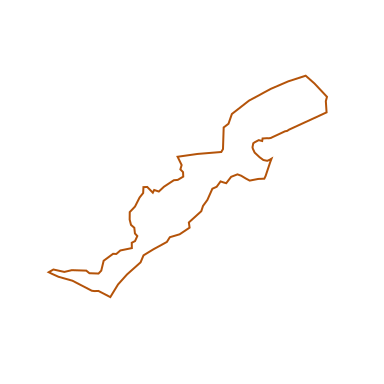 Jefferson, Louisiana, United States of America, rotated 61°
{"feature_id": "52423323B43258201859657", "entity_name": "Jefferson", "entity_type": "district", "adm_level": 2, "iso_a3": "USA", "parent_name": "United States of America", "parent_adm1": "Louisiana", "projection": "mercator", "projection_center": [-90.097, 29.677], "detail": "fine", "context": "isolated", "style": "outline", "palette": "amber", "viewbox_px": 384, "rotation_deg": 61, "n_neighbors": 0, "source": "geoboundaries", "source_scale": "gbopen_adm2", "svg_char_len": 1562}
<svg xmlns="http://www.w3.org/2000/svg" viewBox="0 0 384 384"><g transform="rotate(61 192 192)"><path d="M154.2,187.5L163.4,188.0L166.6,191.2L170.3,190.2L174.3,192.2L174.5,198.6L172.9,202.2L173.8,214.0L175.5,220.8L171.9,224.1L173.6,226.6L165.9,228.7L164.2,232.1L169.2,235.2L171.4,240.5L177.1,248.9L179.4,256.2L185.9,259.9L191.2,261.3L195.3,259.8L200.6,262.0L204.0,261.2L207.3,265.6L207.2,269.3L211.9,271.8L208.4,283.0L209.5,288.2L207.8,291.0L209.3,302.6L216.8,309.5L218.0,313.3L213.3,321.1L209.5,322.6L202.1,335.0L200.0,342.4L192.6,350.8L192.7,356.2L195.6,354.2L201.4,349.9L211.6,339.6L229.8,327.5L231.4,325.3L232.3,323.5L233.2,321.8L244.3,314.4L237.0,301.5L232.6,288.8L228.6,271.1L223.9,265.1L223.4,253.5L223.5,238.2L220.8,233.3L223.0,223.3L222.0,211.4L217.1,209.5L213.3,193.2L209.5,189.1L206.4,182.4L199.0,172.6L199.4,167.9L196.6,161.9L198.9,159.8L200.9,157.8L197.7,150.4L198.6,143.7L201.6,141.1L206.3,138.4L210.0,136.0L212.7,127.7L215.4,122.3L213.7,119.9L212.6,118.7L211.3,117.3L203.6,108.9L202.6,107.7L201.4,106.3L201.4,107.1L201.5,108.3L201.2,111.1L198.6,114.1L194.4,116.0L187.9,118.1L183.7,117.8L182.2,117.4L179.1,114.8L178.9,112.9L179.0,108.5L180.2,107.2L181.4,105.9L179.4,104.3L179.8,103.5L181.3,100.3L182.2,98.9L182.7,97.6L183.0,96.5L183.0,95.4L183.5,88.7L184.0,81.2L184.7,79.2L184.5,77.0L187.6,35.7L177.4,30.9L174.2,27.8L156.4,32.3L145.4,36.2L141.9,54.1L140.0,73.0L139.9,81.2L139.9,86.6L139.7,97.5L139.9,99.0L143.1,119.3L150.0,127.0L150.9,133.0L169.5,144.1L171.2,147.0L161.4,168.7L154.2,187.5Z" fill="none" stroke="#b45309" stroke-width="2"/></g></svg>